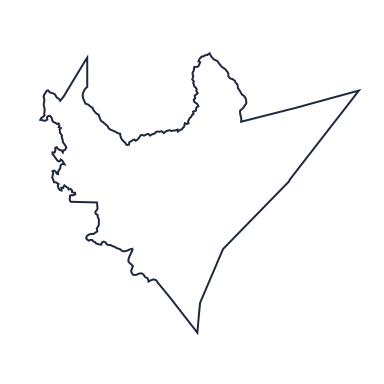 the district of Fortaleza dos Nogueiras, Maranhão, Brazil, rotated 275°
{"feature_id": "56859067B30918863230331", "entity_name": "Fortaleza dos Nogueiras", "entity_type": "district", "adm_level": 2, "iso_a3": "BRA", "parent_name": "Brazil", "parent_adm1": "Maranhão", "projection": "albers", "projection_center": [-46.038, -6.962], "detail": "fine", "context": "isolated", "style": "outline", "palette": "slate", "viewbox_px": 384, "rotation_deg": 275, "n_neighbors": 0, "source": "geoboundaries", "source_scale": "gbopen_adm2", "svg_char_len": 4527}
<svg xmlns="http://www.w3.org/2000/svg" viewBox="0 0 384 384"><g transform="rotate(275 192 192)"><path d="M307.6,349.4L299.3,326.9L297.8,322.8L296.6,319.6L284.9,288.1L266.3,234.8L268.6,234.8L270.0,234.5L274.3,233.1L277.3,232.8L279.1,234.7L280.4,235.8L281.8,236.5L284.8,238.3L286.3,238.3L289.4,237.5L291.6,236.1L292.7,234.7L293.5,233.2L296.7,231.0L299.4,228.8L301.9,228.2L303.2,227.8L304.4,226.1L306.3,225.2L307.3,223.8L308.1,222.3L308.3,220.6L309.2,219.3L310.5,218.1L312.5,218.0L314.4,217.2L316.3,215.2L317.4,214.3L319.2,210.9L321.6,208.5L322.8,207.3L324.5,206.1L325.7,203.0L326.9,201.1L328.3,199.7L329.7,198.6L331.7,197.5L331.0,196.3L329.9,195.5L329.3,193.0L328.1,191.6L327.7,189.7L326.1,188.5L324.5,187.6L322.7,187.1L322.0,188.8L320.4,188.3L318.8,187.8L317.4,187.0L316.6,183.3L314.5,183.3L313.1,183.1L311.2,182.3L309.1,182.3L308.0,183.2L306.1,182.9L304.2,182.4L302.4,184.2L300.9,183.7L298.9,184.5L297.2,185.3L296.3,186.6L294.7,187.8L293.3,187.4L290.8,189.0L288.1,186.2L285.7,187.0L284.1,185.7L282.3,186.2L281.4,187.3L280.3,189.4L277.9,190.9L276.6,189.0L273.4,188.8L272.6,187.3L272.2,186.0L269.8,186.7L268.9,185.5L266.7,184.5L265.1,183.1L263.5,182.5L261.8,181.8L260.3,182.6L259.3,181.2L259.9,178.9L256.4,178.5L255.1,177.3L253.4,176.5L253.1,175.1L251.1,172.7L252.9,172.2L251.9,170.5L251.6,167.9L251.0,166.0L251.6,164.3L251.0,162.4L249.9,160.4L248.2,158.8L249.2,157.6L249.9,156.4L249.2,154.6L249.2,152.2L248.4,150.6L247.1,150.0L246.0,147.3L244.5,145.3L246.0,143.5L245.7,142.1L244.7,140.5L244.0,139.2L244.4,137.8L244.2,136.0L242.9,135.3L240.5,134.0L239.2,132.7L238.1,131.5L239.3,129.9L238.4,128.4L237.3,127.0L236.1,125.2L233.7,125.1L233.1,123.5L233.7,122.2L235.3,121.2L236.0,120.0L238.1,117.7L239.5,116.7L241.9,115.7L243.7,115.4L244.2,112.7L245.4,110.5L246.1,108.2L246.9,105.8L247.8,103.9L249.0,102.9L250.3,102.2L252.0,99.7L253.9,97.2L254.6,95.6L256.1,94.4L260.9,92.2L261.8,90.0L264.8,86.8L266.8,85.9L267.8,84.5L268.4,83.1L269.4,81.9L270.3,80.3L270.7,78.2L274.9,75.8L276.4,75.3L278.3,74.7L281.1,74.8L283.3,75.6L285.5,76.6L287.6,78.5L316.7,75.9L314.5,74.7L298.2,66.7L276.1,55.9L271.4,52.8L273.3,51.1L274.2,49.2L275.5,48.2L277.5,46.7L278.4,44.2L278.7,41.9L279.7,40.8L280.7,39.7L280.1,38.4L278.6,37.6L277.1,36.9L275.8,36.2L274.0,35.9L272.5,36.4L270.9,36.9L269.1,36.9L267.3,36.7L265.6,36.7L264.0,37.3L262.4,37.9L260.6,38.0L259.2,38.1L257.3,37.9L255.5,38.4L253.9,37.1L252.5,35.3L250.7,34.6L250.5,36.4L250.2,37.9L250.2,39.6L251.6,41.6L253.8,40.9L254.9,41.9L255.6,43.9L254.2,45.2L253.1,46.1L250.9,46.6L249.6,48.0L249.0,49.9L248.0,51.4L248.7,53.1L246.9,54.1L245.0,53.5L244.2,55.8L242.6,54.7L240.9,55.1L239.4,55.4L237.9,56.7L236.7,57.6L235.3,57.4L232.5,58.7L230.7,58.9L229.3,60.0L227.6,61.5L225.5,62.9L222.9,61.9L222.3,60.4L220.2,59.9L222.2,58.2L222.3,56.4L223.4,54.7L224.9,53.2L224.0,51.9L221.8,52.3L219.4,51.7L219.3,49.6L217.3,49.8L216.3,51.3L214.6,52.4L213.2,53.8L211.5,55.3L210.8,56.8L211.5,57.9L212.9,58.4L212.0,60.0L210.1,61.4L208.5,62.6L208.7,61.2L208.2,59.8L207.0,58.7L204.3,58.7L202.4,57.7L200.3,56.7L198.2,57.0L198.5,55.7L200.1,54.7L201.4,52.9L200.6,51.2L198.2,52.2L196.3,51.7L194.2,51.5L192.3,52.6L189.7,53.7L189.8,55.4L188.3,58.4L186.6,57.7L184.3,58.6L182.5,60.0L182.1,61.9L184.9,61.5L184.8,63.3L186.3,63.6L187.5,64.3L186.7,65.5L185.9,66.8L185.1,68.4L183.8,68.9L184.4,70.8L183.3,72.3L181.6,72.4L181.1,73.8L181.0,75.5L179.5,75.9L178.4,73.9L178.4,72.0L177.7,70.8L176.1,71.0L174.4,70.7L172.9,71.1L171.7,72.1L172.7,88.7L172.8,90.1L173.3,98.3L171.7,98.6L169.9,98.8L167.8,99.3L166.2,99.1L164.7,97.9L163.0,97.4L161.5,98.5L161.0,99.9L158.8,100.3L156.7,101.6L154.3,101.8L152.2,102.0L150.3,101.9L148.9,101.1L147.3,100.3L146.0,100.8L144.4,101.0L143.5,99.8L142.6,98.7L141.6,97.6L141.5,95.5L140.7,93.1L139.0,91.1L136.6,90.6L135.5,91.8L134.5,93.4L135.3,94.8L135.5,96.7L134.0,98.4L133.5,100.1L132.3,101.0L132.1,102.4L131.6,104.5L131.7,106.3L133.8,106.6L134.9,108.3L134.3,110.2L132.5,111.5L132.0,113.3L132.0,115.7L131.0,117.9L130.8,119.6L130.1,120.7L129.3,122.6L128.9,125.0L127.8,126.5L127.0,128.1L127.1,130.0L127.5,131.6L128.3,133.2L129.2,134.6L129.7,136.1L130.2,137.5L128.7,137.7L122.3,135.3L120.4,134.8L118.8,134.5L116.9,134.9L115.2,136.8L114.5,138.1L112.9,139.6L110.6,138.9L108.3,138.3L106.8,138.6L104.3,140.6L104.5,143.4L106.2,146.7L106.6,148.6L105.7,150.8L103.3,152.6L102.1,155.3L100.5,156.1L99.0,156.5L100.6,159.0L101.6,161.3L101.0,164.0L98.6,165.9L83.0,181.2L80.6,183.3L52.3,209.6L73.7,209.6L82.2,209.7L137.9,227.9L211.1,287.8L212.8,288.3L261.4,319.6L285.5,335.2L307.6,349.4Z" fill="none" stroke="#1e293b" stroke-width="2"/></g></svg>